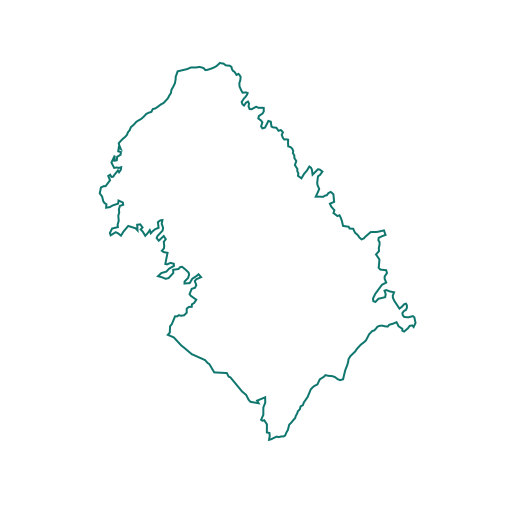 Bossoroca, Rio Grande do Sul, Brazil (Equal Earth projection), rotated 206°
{"feature_id": "56859067B25851744085744", "entity_name": "Bossoroca", "entity_type": "district", "adm_level": 2, "iso_a3": "BRA", "parent_name": "Brazil", "parent_adm1": "Rio Grande do Sul", "projection": "equal_earth", "projection_center": [-54.962, -28.651], "detail": "fine", "context": "isolated", "style": "outline", "palette": "teal", "viewbox_px": 512, "rotation_deg": 206, "n_neighbors": 0, "source": "geoboundaries", "source_scale": "gbopen_adm2", "svg_char_len": 5652}
<svg xmlns="http://www.w3.org/2000/svg" viewBox="0 0 512 512"><g transform="rotate(206 256 256)"><path d="M395.7,210.9L392.5,215.9L389.9,215.9L386.3,215.1L385.8,219.9L384.0,227.0L376.4,228.1L373.7,227.1L376.5,232.0L373.9,233.7L370.5,231.9L371.3,229.3L368.4,228.2L364.4,225.6L363.2,229.7L362.8,232.6L360.5,230.3L359.9,232.6L358.3,236.0L355.9,238.6L359.0,243.4L357.6,246.1L355.9,247.3L354.9,243.7L351.8,240.5L351.1,237.8L353.3,230.8L353.2,228.6L350.1,227.1L347.7,233.5L344.5,231.6L345.1,228.3L342.9,224.8L342.1,222.5L342.9,219.4L340.8,219.0L336.9,220.1L334.8,212.0L334.0,209.1L332.1,209.6L329.9,212.3L326.5,213.0L325.4,211.2L328.6,206.4L329.7,202.7L333.6,199.2L335.2,194.9L330.8,195.7L327.2,195.9L324.9,197.8L322.9,204.4L324.4,207.3L320.0,210.3L319.2,212.9L317.7,213.9L313.8,213.0L309.4,211.6L308.0,210.1L307.4,206.5L309.0,201.8L308.2,199.9L303.7,202.6L303.3,207.6L300.7,212.0L299.6,214.4L296.1,212.9L299.5,208.9L300.0,206.6L296.9,203.7L296.9,200.7L299.4,198.3L299.0,192.6L297.0,191.6L290.5,190.5L291.0,186.7L292.4,184.4L291.5,182.1L294.0,180.9L295.2,178.3L293.4,174.6L294.7,171.1L297.2,169.4L299.4,169.0L300.4,167.2L302.3,166.3L301.8,157.9L302.4,155.1L299.9,149.3L300.7,146.5L294.2,146.8L283.9,142.8L280.6,142.1L270.7,139.6L256.2,140.1L252.5,138.6L250.6,138.4L242.5,133.1L230.9,138.0L227.7,135.6L225.8,135.7L209.1,128.1L203.9,126.8L199.7,123.6L197.1,122.5L189.1,124.8L191.6,126.5L185.8,133.0L183.4,128.2L183.0,123.1L179.8,116.5L179.6,111.0L177.9,110.8L176.6,112.0L172.4,109.5L168.9,102.2L166.3,102.8L164.7,100.1L163.7,96.5L162.0,98.0L160.0,100.6L158.3,102.7L156.2,103.2L153.9,105.1L152.1,105.9L151.1,107.5L151.3,110.7L151.1,113.7L152.2,119.0L151.3,121.5L150.6,124.5L149.8,127.4L150.1,129.5L150.0,132.8L150.3,134.9L149.4,137.4L150.0,140.4L148.5,142.4L148.8,145.6L148.4,147.9L147.8,151.9L148.3,159.9L147.7,162.3L146.7,164.6L144.5,167.5L144.6,173.1L142.0,177.3L141.4,179.3L138.2,180.1L135.0,181.4L132.0,181.8L128.6,181.1L125.9,181.3L123.7,183.4L125.0,189.1L125.8,193.1L126.1,197.3L126.6,200.6L127.6,203.9L127.3,207.3L126.0,210.9L125.0,213.6L124.6,216.6L123.9,219.1L122.9,222.3L121.1,225.9L120.2,228.4L120.0,235.4L118.6,239.6L117.1,240.9L116.4,243.1L115.9,245.5L114.7,247.1L112.2,248.7L109.4,249.3L106.7,250.3L106.1,252.6L103.0,255.4L100.7,258.1L98.9,256.8L97.2,255.4L92.6,254.7L91.7,253.0L89.8,253.0L87.8,257.5L87.2,260.6L85.1,262.1L83.2,261.3L83.3,265.8L86.8,270.3L88.7,270.7L92.1,267.7L96.0,266.2L98.0,267.0L99.4,268.8L99.0,271.2L97.6,273.4L97.7,275.7L98.7,277.7L100.3,278.9L101.7,277.6L102.6,274.4L104.0,271.6L112.0,276.3L114.6,278.4L115.7,280.3L116.0,283.9L120.3,282.8L123.9,282.5L125.3,281.2L122.7,278.6L121.9,275.6L124.9,273.1L127.2,271.3L128.5,267.1L130.7,266.8L132.2,269.0L132.2,274.3L130.2,285.3L127.3,289.2L130.5,292.0L131.4,294.1L130.8,298.1L132.8,300.3L138.3,298.3L140.6,299.2L142.3,303.9L143.6,307.0L148.8,310.0L147.6,314.3L149.1,317.0L149.9,320.2L151.0,322.6L152.9,323.8L153.7,326.1L151.1,329.4L148.8,331.7L152.2,335.1L157.7,330.7L163.4,327.8L165.1,323.8L166.2,321.2L166.8,319.1L168.4,317.2L171.3,318.0L172.7,318.9L174.9,319.8L177.1,320.3L178.7,321.5L180.6,323.1L183.9,321.7L185.5,322.9L191.0,321.2L194.0,325.0L196.8,327.7L198.8,329.2L200.3,327.6L205.2,328.6L205.6,331.5L210.1,333.4L212.5,335.4L209.5,338.9L213.5,345.4L215.4,346.0L217.0,346.3L218.5,344.3L219.0,341.6L220.4,340.6L221.6,338.6L225.1,337.1L228.3,335.5L228.4,341.3L228.6,344.0L231.7,346.6L233.1,348.6L235.2,354.8L234.0,357.0L233.3,361.0L236.5,361.6L238.3,361.2L240.8,353.9L243.7,358.2L245.4,359.5L247.3,359.8L247.7,355.0L248.8,351.0L249.2,345.7L253.4,346.5L254.1,348.7L256.2,350.5L256.9,352.3L260.9,354.8L261.4,359.0L264.4,360.8L265.7,363.2L268.0,364.7L268.5,366.6L270.4,368.3L272.5,369.0L275.1,368.7L276.8,371.7L278.1,374.6L279.8,374.2L281.7,373.1L283.8,374.1L286.0,376.2L286.0,379.0L288.9,380.1L290.7,378.4L293.9,380.2L297.0,379.1L298.8,379.1L301.6,383.2L304.1,382.8L304.1,378.7L304.2,375.3L306.2,373.5L308.2,374.7L308.9,379.0L311.2,380.1L314.2,380.6L314.8,383.1L312.6,386.9L312.4,389.4L314.0,392.5L315.9,391.7L318.6,390.3L321.3,390.2L324.3,386.0L326.2,385.3L328.3,387.2L329.1,390.0L330.9,391.3L332.2,389.4L332.7,386.0L334.6,386.4L336.4,388.1L335.9,392.3L335.2,394.3L334.8,396.6L334.9,398.8L336.7,398.7L339.6,396.9L341.6,398.2L345.0,401.0L346.7,403.9L347.2,407.2L348.3,410.2L350.1,411.4L351.6,412.0L352.9,410.2L354.8,411.4L356.4,412.2L357.9,412.3L359.6,413.5L361.0,415.2L363.1,415.5L365.3,414.6L366.9,414.1L369.6,414.7L371.5,414.0L373.1,413.7L373.8,411.8L374.8,409.3L376.5,406.9L378.4,404.8L381.2,402.1L383.0,400.9L385.4,401.9L387.3,401.7L389.8,401.1L392.3,399.3L394.3,398.3L397.3,396.8L399.8,393.8L401.2,392.7L407.4,387.6L407.0,384.4L406.7,381.7L405.8,379.9L404.6,375.7L404.6,371.9L404.8,368.2L403.9,365.0L404.3,362.1L404.3,359.3L405.2,356.1L406.2,352.9L407.9,350.6L410.0,346.5L411.1,344.6L413.2,342.8L413.2,339.7L415.3,337.7L416.9,335.6L417.5,333.5L418.2,331.4L419.3,328.8L421.2,326.1L422.4,324.1L423.0,321.9L423.6,319.9L424.9,317.1L424.7,313.6L425.3,311.2L425.1,308.2L425.8,305.7L427.0,303.1L428.1,299.8L428.8,297.2L427.4,295.5L424.6,293.0L426.9,293.4L425.7,289.7L423.0,290.2L422.1,287.7L424.3,284.3L423.1,281.0L425.0,279.6L427.0,284.3L426.9,276.6L424.1,274.5L422.1,273.0L420.0,274.5L417.9,275.0L416.1,276.7L415.3,274.2L415.8,271.2L417.6,272.3L418.8,267.1L419.1,264.7L420.6,263.7L422.7,265.1L423.9,263.2L420.4,260.1L421.8,252.8L423.4,252.1L425.4,249.6L423.9,243.8L420.4,242.0L417.4,238.4L415.7,237.3L413.1,236.9L411.9,233.7L408.9,235.8L406.9,238.7L402.9,242.6L403.9,245.6L399.1,245.7L397.8,243.8L400.3,241.4L399.7,237.8L398.0,235.1L397.4,231.8L394.8,227.4L394.1,223.4L392.8,221.4L397.4,217.6L397.4,212.6L395.7,210.9Z" fill="none" stroke="#0f766e" stroke-width="2"/></g></svg>